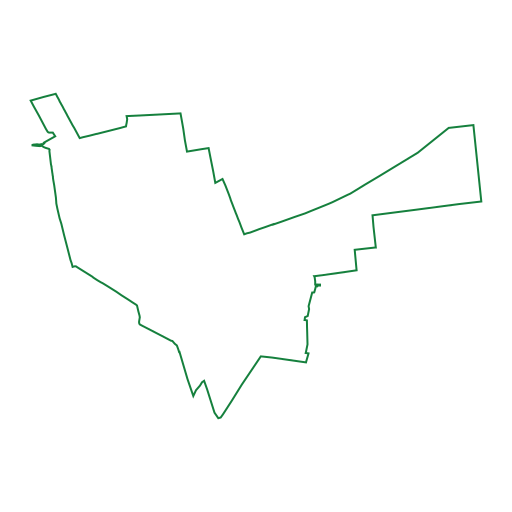 the district of Crangeni, Teleorman, Romania
{"feature_id": "2599482B26169068281566", "entity_name": "Crangeni", "entity_type": "district", "adm_level": 2, "iso_a3": "ROU", "parent_name": "Romania", "parent_adm1": "Teleorman", "projection": "mercator", "projection_center": [24.773, 44.008], "detail": "fine", "context": "isolated", "style": "outline", "palette": "green", "viewbox_px": 512, "rotation_deg": 0, "n_neighbors": 0, "source": "geoboundaries", "source_scale": "gbopen_adm2", "svg_char_len": 3404}
<svg xmlns="http://www.w3.org/2000/svg" viewBox="0 0 512 512"><path d="M193.3,396.0L196.0,390.2L200.0,385.6L202.0,382.3L204.1,380.8L207.1,389.3L214.5,412.7L218.3,418.2L220.7,417.5L223.0,414.3L231.8,400.7L241.8,384.6L254.2,366.2L260.8,356.4L263.1,356.6L272.4,357.6L306.0,362.4L306.3,361.2L308.4,353.9L308.5,353.4L305.7,353.0L306.0,351.8L307.5,344.4L307.2,332.2L307.0,326.0L307.0,324.7L306.9,320.4L305.0,320.0L304.6,320.0L305.0,317.2L307.7,316.0L309.1,309.1L308.6,306.2L312.2,292.5L313.4,292.5L314.2,292.4L314.3,292.2L315.2,289.0L315.7,286.9L315.9,286.3L317.3,286.3L317.6,285.6L318.9,285.5L320.0,285.5L320.0,284.6L319.0,284.6L316.3,284.5L315.6,284.5L315.2,284.5L315.2,281.3L314.7,277.6L314.7,277.4L314.4,276.6L314.2,276.2L314.5,276.2L315.9,276.0L323.7,275.0L345.0,272.0L356.6,270.3L356.4,268.3L354.7,249.8L375.3,247.5L375.8,247.5L373.5,226.9L372.6,216.1L372.5,215.3L416.2,209.7L458.8,204.1L481.3,201.5L473.4,125.1L448.8,127.9L448.7,127.9L418.4,152.2L418.1,152.5L379.3,176.1L364.7,184.8L350.2,193.7L347.7,194.8L332.4,202.2L328.7,203.8L318.6,207.9L310.9,211.0L305.1,213.4L294.8,216.9L281.4,221.7L273.3,224.5L273.3,224.2L264.9,227.2L259.0,229.2L257.5,229.8L250.0,232.6L246.9,233.3L244.2,234.3L241.4,227.4L240.3,224.4L239.4,222.0L238.0,218.7L236.7,215.2L235.6,212.6L235.3,211.7L233.6,207.4L232.4,204.2L230.8,200.1L230.3,198.4L228.9,194.5L225.4,185.5L222.5,179.0L215.3,182.9L213.2,171.3L210.4,157.3L208.6,148.1L201.4,149.2L187.0,151.6L184.9,140.3L183.3,129.0L182.0,121.6L180.6,113.9L180.5,113.4L159.3,114.5L139.7,115.5L126.6,116.1L127.1,118.7L127.2,119.2L126.6,123.2L126.3,124.5L126.0,126.4L122.3,127.4L120.2,128.0L115.8,129.1L112.7,129.9L101.2,132.8L96.9,133.9L96.5,133.9L89.9,135.6L83.0,137.2L79.7,138.1L74.2,127.9L72.6,125.3L71.7,123.6L71.1,122.5L70.0,120.5L69.1,118.8L67.5,115.9L66.5,113.9L65.6,112.3L65.1,111.3L64.5,110.2L64.1,109.6L63.6,108.6L63.2,107.8L62.9,107.2L62.6,106.6L62.3,106.1L61.8,105.2L61.2,104.2L60.8,103.4L60.6,103.0L60.2,102.4L60.0,102.0L59.7,101.5L59.3,100.5L58.8,99.5L58.0,98.0L57.5,97.2L56.8,95.8L56.4,95.1L56.2,94.6L56.0,94.3L55.8,94.0L55.7,93.8L54.7,94.1L43.8,96.9L30.7,100.6L33.7,106.3L38.9,115.6L45.9,128.9L47.6,131.7L48.4,132.4L49.2,132.6L52.5,132.6L52.8,132.6L55.2,136.3L45.4,141.8L44.2,142.5L44.6,142.8L44.4,143.2L43.9,143.6L43.5,144.0L42.8,144.1L41.6,144.1L41.0,144.2L40.4,144.5L39.3,144.5L38.4,144.5L37.6,144.3L36.5,144.3L35.3,144.5L34.7,144.5L33.5,144.6L32.5,144.9L32.5,145.4L36.2,145.8L39.8,146.1L42.3,145.8L43.3,146.9L45.4,147.8L49.0,148.9L49.6,149.8L49.4,151.0L51.0,164.7L51.3,165.5L51.3,166.1L51.4,166.4L51.5,166.5L51.6,168.0L51.9,169.9L52.3,172.9L52.4,173.3L52.5,174.1L52.6,174.9L52.7,175.7L52.9,176.2L52.9,176.8L53.0,178.2L53.1,178.8L53.2,179.5L53.3,180.2L53.6,181.9L54.2,185.3L55.9,197.5L56.2,201.5L56.3,203.3L56.5,204.4L57.4,208.8L59.6,218.3L61.1,223.0L61.4,224.0L64.0,234.8L67.3,247.5L70.5,260.0L71.1,261.7L71.6,263.1L72.6,266.9L74.6,266.3L75.8,266.3L76.0,266.4L77.5,267.4L84.2,271.6L92.5,276.8L93.2,277.5L97.3,280.2L101.2,282.5L102.3,283.0L103.3,283.6L107.7,286.3L116.3,291.7L121.5,295.3L124.2,297.0L124.8,297.4L127.5,299.1L130.4,301.0L131.7,301.9L136.1,304.7L137.0,305.5L138.4,311.5L139.5,315.5L139.8,317.3L139.1,321.5L139.1,322.9L139.5,324.0L139.9,324.5L142.5,325.9L158.0,333.9L171.0,340.7L172.4,341.0L174.8,343.8L175.3,344.2L176.8,345.4L177.1,346.1L178.2,349.1L179.1,352.0L179.5,351.9L187.5,379.1L193.3,396.0Z" fill="none" stroke="#15803d" stroke-width="2"/></svg>